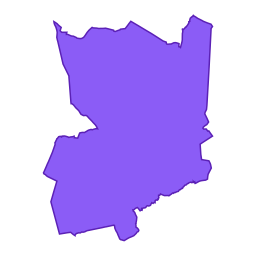 Chucándiro, Michoacán, Mexico
{"feature_id": "50627088B8193308605662", "entity_name": "Chucándiro", "entity_type": "district", "adm_level": 2, "iso_a3": "MEX", "parent_name": "Mexico", "parent_adm1": "Michoacán", "projection": "equal_earth", "projection_center": [-101.355, 19.895], "detail": "fine", "context": "isolated", "style": "filled", "palette": "violet", "viewbox_px": 256, "rotation_deg": 0, "n_neighbors": 0, "source": "geoboundaries", "source_scale": "gbopen_adm2", "svg_char_len": 5442}
<svg xmlns="http://www.w3.org/2000/svg" viewBox="0 0 256 256"><path d="M207.5,179.1L207.7,176.7L208.1,174.3L209.2,172.1L210.7,169.2L211.3,168.1L210.5,164.2L209.9,162.8L208.9,160.8L201.6,159.6L200.8,154.3L200.2,144.9L200.1,144.2L202.6,142.5L212.5,136.1L210.1,132.8L208.8,130.9L208.0,131.2L207.2,130.4L206.4,129.1L205.4,129.0L203.7,129.1L203.0,128.4L203.2,127.3L204.8,125.8L206.8,124.6L208.6,122.0L207.1,118.6L205.5,115.3L204.8,113.9L205.0,112.7L205.1,112.3L206.5,109.5L206.9,105.4L208.9,70.8L209.8,53.6L211.1,28.5L212.5,26.5L211.0,24.2L208.5,23.3L208.3,23.3L205.3,22.1L205.2,22.1L204.4,21.7L203.6,21.5L203.5,21.3L203.1,21.2L201.8,20.4L200.2,19.6L198.6,18.8L197.3,18.2L197.2,18.0L195.7,17.0L194.7,16.4L194.2,16.1L193.9,16.1L193.5,15.8L193.4,15.4L193.1,15.5L192.7,16.4L192.1,16.7L191.5,17.0L191.4,17.1L191.4,17.4L191.1,17.5L190.2,18.3L190.2,18.6L189.9,19.6L189.8,20.1L189.7,20.2L189.7,20.3L189.9,21.2L189.7,21.4L189.5,21.5L189.3,21.6L188.8,21.7L188.8,22.0L188.8,22.4L188.9,22.8L188.3,23.8L188.0,24.4L187.1,25.7L187.0,25.8L186.8,26.1L186.3,26.7L186.2,26.9L186.0,27.1L185.9,27.2L185.8,27.3L185.6,27.3L185.6,27.2L185.5,27.3L185.1,27.5L185.0,27.8L184.9,28.0L184.3,28.8L184.1,28.9L183.6,29.1L183.4,29.3L182.9,29.2L182.6,29.0L182.4,29.1L182.4,29.4L182.5,29.7L182.5,29.8L182.9,29.9L182.8,30.9L182.8,31.0L182.6,32.7L182.4,33.3L182.3,37.7L182.3,39.6L182.2,40.6L182.1,41.2L182.0,41.7L181.5,43.7L181.0,45.4L181.0,45.5L180.5,47.4L180.3,47.2L179.8,46.9L179.1,46.8L178.8,46.7L179.0,43.6L177.1,43.0L175.5,42.6L174.9,42.7L174.0,42.7L173.1,43.1L172.6,43.3L172.1,43.5L171.6,43.9L170.6,44.0L170.4,44.0L168.9,44.1L168.1,44.2L167.1,44.2L166.9,44.0L166.5,43.8L166.2,42.1L163.1,41.0L151.5,33.6L148.6,31.9L144.9,29.7L138.1,25.6L130.8,21.3L128.9,23.7L127.6,25.5L125.2,28.6L120.4,29.2L120.1,29.8L118.2,30.4L115.2,31.5L113.9,31.2L113.6,30.2L107.7,28.7L105.6,28.2L103.2,28.4L101.0,28.4L98.8,28.5L96.6,28.1L93.1,27.9L92.1,27.4L90.3,29.0L88.8,30.4L88.0,31.4L87.3,32.2L86.6,33.2L85.1,35.5L83.6,37.4L81.8,38.4L80.1,38.6L77.1,38.2L76.1,37.4L74.5,36.7L73.5,36.2L71.4,36.0L67.2,34.2L66.4,34.4L66.4,33.2L66.8,32.3L64.6,32.3L61.7,32.3L60.7,31.4L60.1,30.7L61.2,27.4L59.8,26.3L58.4,25.1L57.1,23.7L55.2,22.4L53.9,21.6L54.2,23.4L54.7,24.8L55.8,26.9L56.1,27.8L56.8,30.1L57.2,32.4L57.0,35.1L56.8,37.4L57.4,40.1L57.7,41.0L60.3,52.1L63.1,64.2L63.3,64.5L68.9,75.9L69.0,77.8L69.1,79.1L70.4,95.6L70.9,102.2L71.0,103.0L71.1,103.7L71.9,103.7L73.5,104.9L75.8,107.8L77.9,109.8L79.0,111.0L80.1,112.9L81.1,114.4L81.8,114.7L83.5,115.6L86.0,115.4L87.2,116.1L87.7,116.7L89.2,118.4L91.7,120.9L92.5,121.8L92.8,122.2L95.3,124.8L96.5,126.5L97.6,128.8L96.1,128.6L93.2,129.4L92.1,129.8L91.1,129.4L88.4,130.2L85.9,131.7L84.5,132.5L82.3,132.4L80.7,132.7L79.7,133.0L77.7,138.1L74.9,137.8L74.6,137.8L74.7,137.6L74.0,136.4L74.0,136.2L73.5,136.4L72.4,136.8L72.1,136.8L71.2,136.9L70.2,137.0L69.4,137.3L69.0,137.4L68.5,137.4L68.2,137.0L67.2,136.7L65.9,136.3L64.5,136.0L63.6,136.0L63.4,136.2L63.2,136.1L62.3,136.1L62.2,136.5L61.6,136.9L61.4,136.5L61.1,136.4L60.9,136.6L60.4,136.6L60.2,136.4L59.4,136.5L59.0,136.7L58.7,136.7L57.3,138.5L56.8,138.8L56.7,139.3L56.0,140.7L55.7,141.3L55.5,141.8L55.3,142.3L55.1,142.4L55.0,142.5L55.0,143.1L55.1,144.3L54.9,145.1L52.4,152.3L48.5,161.6L47.4,163.9L46.4,166.3L45.0,169.5L44.1,171.6L43.5,172.8L43.7,173.4L43.8,173.7L44.3,174.1L44.6,174.2L45.0,174.4L45.5,174.7L45.7,174.8L45.9,175.2L46.3,175.6L47.2,176.3L47.7,176.6L48.5,177.0L56.9,181.1L55.9,184.5L53.8,191.6L52.7,195.5L50.9,201.8L59.5,234.0L67.5,232.7L70.7,232.3L72.7,234.0L73.6,234.7L75.0,235.6L75.0,235.2L75.9,233.9L77.1,233.2L77.7,233.2L78.4,232.8L80.0,232.9L80.6,232.8L81.0,232.4L81.7,232.0L83.0,232.2L84.8,231.8L86.1,231.1L87.0,230.7L103.2,227.4L103.4,227.3L105.3,226.9L106.0,226.8L107.5,226.5L109.8,226.0L112.1,225.5L114.3,225.1L114.3,224.8L114.9,228.3L115.9,230.7L116.6,231.9L117.0,232.4L118.2,235.4L119.1,237.4L119.7,238.9L120.7,239.7L121.8,239.9L122.1,240.0L123.7,240.5L124.2,240.6L128.0,238.3L129.1,237.7L131.6,236.7L133.8,235.7L136.2,233.4L136.9,232.3L137.3,231.9L137.8,231.7L138.2,231.6L138.3,231.4L138.7,230.7L138.8,230.4L138.5,229.5L138.3,229.2L137.3,228.0L136.0,227.2L135.9,226.5L136.0,226.3L135.9,225.1L135.7,223.6L136.0,223.5L135.9,223.2L136.2,221.9L136.5,220.2L136.8,217.1L136.4,216.3L135.3,214.1L135.0,213.0L134.4,212.0L133.3,211.2L133.0,209.8L133.8,209.9L135.4,208.4L137.3,207.5L138.3,208.4L140.1,210.8L141.2,210.1L142.0,210.3L142.2,209.4L141.5,208.9L141.6,208.4L142.6,208.6L143.0,208.1L143.7,207.9L144.3,207.9L144.9,207.9L145.8,207.4L146.5,206.3L147.4,205.7L148.7,206.0L149.8,205.7L150.6,205.1L151.0,204.1L151.1,203.8L151.7,203.2L151.8,202.7L153.1,203.4L153.9,202.6L155.1,202.7L154.9,201.9L155.2,201.2L155.2,200.6L156.1,200.2L156.2,199.9L157.5,200.1L157.7,199.2L158.2,199.3L158.9,197.5L158.6,196.8L158.6,195.3L159.7,195.3L160.4,194.0L160.8,194.3L161.5,194.4L162.6,194.9L164.4,195.6L168.3,195.5L168.8,195.8L169.5,195.5L170.0,195.1L170.2,194.7L171.4,194.1L172.2,193.3L172.7,193.0L173.0,193.0L173.4,193.3L174.3,192.5L174.9,192.7L176.9,191.7L178.3,191.4L179.5,189.7L180.3,189.7L181.1,189.0L181.5,188.6L181.8,188.3L182.5,188.4L183.1,187.1L183.8,186.6L184.7,185.3L186.4,184.8L187.4,183.6L188.4,183.4L188.9,182.8L190.6,182.2L191.9,182.7L192.2,182.1L193.4,182.3L193.8,182.5L193.6,181.6L193.9,181.9L194.1,182.0L194.6,181.8L194.6,182.3L195.1,182.6L195.1,183.1L195.2,183.4L195.9,183.1L196.1,183.0L199.4,181.2L200.8,180.8L201.9,180.6L205.7,180.1L207.5,179.1Z" fill="#8b5cf6" stroke="#5b21b6" stroke-width="1.5"/></svg>